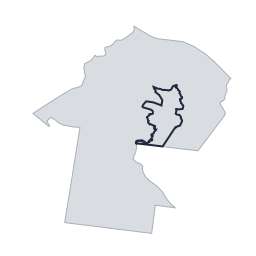 Quiché on a map of Guatemala (Mercator projection), rotated 187°
{"feature_id": "GTM-3467", "entity_name": "Quiché", "entity_type": "Department", "adm_level": 1, "iso_a3": "GTM", "parent_name": "Guatemala", "parent_adm1": "", "projection": "mercator", "projection_center": [-90.931, 15.443], "detail": "fine", "context": "in_parent", "style": "outline", "palette": "slate", "viewbox_px": 256, "rotation_deg": 187, "n_neighbors": 0, "source": "natural_earth", "source_scale": "10m", "svg_char_len": 4829}
<svg xmlns="http://www.w3.org/2000/svg" viewBox="0 0 256 256"><g transform="rotate(187 128 128)"><path d="M31.9,189.7L33.2,188.4L34.2,185.5L35.5,182.5L34.7,179.0L34.3,176.2L35.7,172.0L35.6,168.9L36.3,167.0L38.5,165.8L39.6,163.4L33.4,155.3L33.4,153.5L34.2,151.2L39.3,142.5L45.2,132.2L51.9,120.7L55.8,113.9L70.3,113.8L79.9,113.8L92.1,113.8L105.4,113.8L114.1,113.8L117.7,113.7L117.1,109.3L117.5,104.3L119.1,99.8L119.1,97.8L116.5,95.4L111.5,94.0L108.7,91.9L108.7,89.1L107.5,85.8L105.0,82.0L100.0,78.0L92.3,74.0L85.8,68.5L80.4,61.7L75.8,57.3L72.3,55.5L71.5,54.5L81.8,54.6L91.5,54.7L91.6,44.9L91.6,36.2L91.7,26.3L109.3,26.3L130.3,26.3L152.1,26.4L169.3,26.4L179.3,26.4L178.9,38.6L178.3,52.7L177.9,63.1L177.4,76.9L176.9,91.0L176.2,110.2L175.7,122.6L175.9,122.9L181.6,122.3L190.1,122.9L192.2,122.8L194.7,123.9L196.7,124.2L201.0,127.0L206.1,129.1L209.3,124.9L207.6,122.3L206.4,121.0L206.5,119.8L224.1,130.9L222.0,132.6L217.5,136.5L209.5,143.2L202.2,149.2L195.2,154.7L188.9,159.6L188.2,160.0L180.2,163.5L178.9,165.2L177.2,172.1L176.4,173.8L177.9,177.6L179.3,183.5L178.8,186.6L173.3,190.4L170.8,193.9L169.7,196.1L168.7,195.5L167.0,195.3L163.1,196.2L161.1,196.4L159.6,197.4L159.4,199.5L160.5,203.0L160.8,204.7L159.7,205.6L154.9,207.6L153.0,209.7L151.1,212.9L149.0,214.2L146.8,214.0L145.2,214.4L141.9,216.8L136.8,221.4L134.1,224.8L134.0,227.4L134.5,229.7L116.1,221.6L110.0,220.2L84.2,220.4L73.1,217.2L60.4,211.0L51.9,205.4L31.9,189.7Z" fill="#d9dde1" stroke="#a8b0b8" stroke-width="1"/><path d="M91.4,113.9L91.7,113.9L98.3,113.9L104.9,113.9L111.5,113.8L115.8,113.8L116.8,113.7L117.6,113.4L118.2,113.7L118.4,114.1L118.3,114.6L117.9,115.1L118.2,115.7L118.0,116.1L117.5,116.3L116.9,116.1L116.8,116.4L116.7,116.6L116.6,116.8L116.3,116.8L115.7,116.5L114.8,117.1L114.3,116.8L114.0,116.8L113.8,117.1L113.6,117.2L113.3,116.8L113.2,117.0L113.0,116.8L112.8,117.1L112.5,117.3L112.3,117.5L111.7,117.1L111.3,116.7L110.8,116.4L110.0,116.5L110.0,116.1L110.5,115.9L110.7,115.4L110.3,115.2L110.1,115.2L109.9,115.4L109.7,115.8L109.4,115.8L108.7,115.1L107.5,115.4L105.4,116.5L105.8,117.2L105.3,117.5L105.4,117.9L105.3,118.3L104.9,118.5L104.7,118.3L104.6,118.0L104.4,117.9L103.9,118.1L103.1,118.7L102.5,118.9L102.5,119.2L102.7,119.4L103.1,119.9L103.4,119.6L103.5,119.7L103.5,119.8L103.8,119.9L103.8,120.2L103.3,120.6L103.0,121.3L102.5,123.0L103.7,123.1L104.0,123.9L103.5,124.9L102.3,125.4L102.1,125.7L101.5,127.4L100.2,129.1L99.9,129.8L100.5,129.7L101.1,129.8L101.5,130.0L101.8,130.5L101.6,130.6L101.4,130.8L101.2,130.9L101.2,131.2L101.9,131.7L102.1,131.9L101.5,132.3L101.3,132.9L101.7,133.4L103.5,133.7L105.5,134.3L106.1,134.6L106.5,134.4L106.9,134.3L107.3,134.4L107.7,134.6L107.4,134.6L107.4,134.9L108.3,135.5L108.8,136.2L108.8,136.9L108.4,137.7L109.1,138.2L109.6,139.2L109.9,140.3L110.2,140.7L110.5,141.0L110.2,141.6L109.6,142.1L109.4,142.3L108.0,143.5L108.0,143.8L108.4,144.3L107.8,144.6L105.9,144.8L105.3,145.2L105.1,145.9L105.2,146.8L105.4,147.5L106.4,148.5L107.9,149.1L115.4,150.3L116.2,150.7L116.2,151.7L115.7,152.8L115.3,153.7L115.0,154.1L113.2,156.6L111.6,156.7L105.9,156.5L98.0,154.6L97.6,154.4L97.3,159.8L100.9,164.4L105.2,167.1L105.2,167.4L105.0,168.4L105.8,169.3L106.1,169.6L106.5,169.8L106.8,170.2L107.0,170.6L107.6,171.9L106.9,171.7L105.2,171.3L103.8,170.8L103.0,170.7L100.5,170.7L98.2,170.0L97.5,170.0L96.8,170.1L96.2,170.3L93.1,170.3L92.3,170.2L91.4,170.7L90.6,170.9L90.2,171.1L90.0,171.3L89.7,171.8L88.6,174.8L88.2,175.1L87.0,175.8L86.2,175.5L85.9,175.6L85.8,176.3L85.7,176.4L85.6,176.5L85.3,176.7L85.2,176.7L84.9,176.6L84.8,176.3L84.8,175.8L84.8,175.5L84.8,175.3L84.9,175.2L85.3,174.8L85.4,174.6L85.5,174.3L85.6,174.2L85.3,173.9L84.7,173.7L84.4,173.6L84.2,173.6L83.7,173.3L83.2,172.5L83.0,171.8L82.4,171.6L80.9,170.4L81.0,170.1L81.2,169.2L81.2,168.9L81.1,168.6L80.3,168.1L80.0,167.6L79.7,166.7L79.6,166.4L78.6,165.6L78.1,165.3L78.1,165.2L78.0,164.9L78.0,164.4L78.1,164.1L78.3,163.8L78.7,163.5L78.9,163.4L79.1,163.4L79.6,163.4L79.8,163.3L79.9,163.1L79.9,162.6L79.9,162.3L79.6,161.7L79.3,161.6L79.2,160.9L78.7,160.3L78.5,159.3L78.2,159.2L76.8,157.8L76.7,157.4L76.0,157.1L75.8,156.4L75.8,155.4L76.0,154.1L76.2,153.6L76.6,153.4L78.7,153.0L79.8,152.6L80.2,152.6L81.4,152.8L81.8,152.8L82.6,152.6L82.3,151.6L82.1,150.9L82.0,150.6L82.4,148.8L82.3,147.9L81.0,147.3L80.4,147.2L79.0,147.3L78.7,147.3L77.6,146.4L77.3,146.1L77.0,145.7L76.8,145.2L76.8,144.9L76.8,144.3L76.7,144.1L75.7,142.8L75.6,142.6L75.4,142.4L75.3,142.2L75.3,141.9L75.2,141.6L75.2,141.4L75.3,141.1L75.4,140.9L75.6,140.4L75.7,139.3L75.8,139.1L75.9,138.8L76.0,138.6L76.3,138.0L76.4,137.6L76.5,137.0L76.6,136.8L76.7,136.7L76.9,136.7L77.1,136.6L77.3,136.6L77.9,136.1L78.0,136.0L78.6,136.0L78.7,135.9L80.0,135.0L80.2,134.7L80.4,134.7L80.8,134.6L81.0,134.6L81.0,134.4L80.9,134.0L81.8,133.1L81.9,132.9L85.1,126.5L85.5,125.6L91.4,113.9Z" fill="none" stroke="#1e293b" stroke-width="2"/></g></svg>